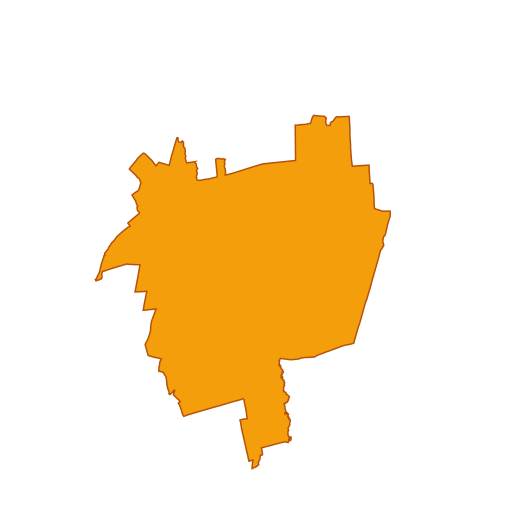 Belcesti, Iasi, Romania, rotated 44°
{"feature_id": "2599482B23393445756532", "entity_name": "Belcesti", "entity_type": "district", "adm_level": 2, "iso_a3": "ROU", "parent_name": "Romania", "parent_adm1": "Iasi", "projection": "mercator", "projection_center": [27.109, 47.31], "detail": "fine", "context": "isolated", "style": "filled", "palette": "amber", "viewbox_px": 512, "rotation_deg": 44, "n_neighbors": 0, "source": "geoboundaries", "source_scale": "gbopen_adm2", "svg_char_len": 6139}
<svg xmlns="http://www.w3.org/2000/svg" viewBox="0 0 512 512"><g transform="rotate(44 256 256)"><path d="M158.3,384.9L158.2,384.3L158.3,384.1L159.7,382.4L160.1,380.3L160.7,379.7L160.1,378.5L159.6,377.9L157.1,375.6L156.5,374.0L156.5,373.4L157.4,372.1L158.9,368.9L165.1,357.7L167.9,352.8L167.8,352.4L173.8,347.3L178.6,342.9L185.4,352.9L194.0,365.9L202.0,357.3L209.0,368.2L212.6,373.4L220.9,363.5L226.1,375.4L229.2,379.9L231.9,382.8L234.1,386.8L236.0,391.0L237.4,395.8L238.0,396.9L245.7,401.4L247.5,402.5L252.4,400.0L256.9,397.1L259.5,395.8L259.9,397.1L260.0,397.9L261.0,400.0L261.8,400.6L263.1,403.0L264.6,404.7L265.2,405.7L266.4,406.4L268.2,405.0L270.4,404.1L271.9,404.8L274.9,405.3L277.7,407.3L282.1,411.1L286.2,413.5L287.8,413.9L288.0,414.1L289.1,415.6L289.5,415.7L290.1,415.6L290.3,415.4L290.5,414.5L290.6,413.4L290.5,410.8L290.3,410.1L290.5,409.2L290.9,409.1L292.9,413.0L293.2,413.3L302.6,413.2L302.2,415.5L302.4,415.8L304.4,416.3L306.2,417.1L309.6,418.8L312.3,420.5L313.6,421.0L315.5,421.5L316.8,418.6L320.7,411.6L329.9,395.5L334.2,388.3L340.4,377.2L344.6,370.2L345.2,369.1L345.5,367.7L346.6,367.5L356.2,374.0L362.7,379.2L359.9,382.6L358.4,385.2L360.7,386.5L365.1,389.9L393.5,408.5L395.5,404.9L399.0,409.6L400.9,411.7L401.1,411.4L401.7,409.4L402.6,407.4L402.9,404.4L402.5,403.9L401.1,403.0L400.1,399.8L398.8,397.9L397.5,396.5L398.8,394.7L398.7,394.5L397.8,393.5L393.2,390.2L402.7,374.5L406.1,369.2L406.3,369.0L407.6,368.6L408.0,368.1L408.6,367.9L408.7,367.3L408.4,366.5L407.0,365.2L407.0,364.8L407.3,364.6L408.2,364.9L409.0,364.7L408.9,364.3L408.0,362.8L406.8,361.9L406.5,362.4L407.0,363.2L407.1,363.7L407.0,364.1L406.7,364.1L405.8,363.6L405.3,362.9L405.0,362.8L403.2,362.6L402.6,361.6L401.7,361.1L400.9,360.1L400.8,359.8L400.8,359.1L400.5,358.6L399.3,358.3L399.1,358.2L397.8,355.2L397.7,354.1L396.0,352.4L395.2,350.8L393.9,349.8L393.6,349.8L393.3,350.4L392.8,350.5L392.5,350.3L392.1,349.4L391.2,349.1L390.9,349.7L390.6,349.7L389.9,348.9L389.4,347.3L388.3,347.3L387.5,347.0L387.3,347.1L387.2,347.4L387.7,348.0L387.8,348.3L387.3,348.3L386.9,349.5L386.3,349.3L385.6,348.7L386.5,347.9L386.5,347.6L386.4,347.4L384.6,346.7L383.9,346.0L382.9,345.7L381.9,344.6L380.4,343.7L380.1,343.2L378.7,342.6L379.1,342.1L379.4,341.5L379.6,341.3L379.6,340.6L379.3,340.0L379.4,339.8L380.0,339.4L379.8,338.8L379.7,338.1L379.3,337.5L379.4,336.9L378.6,336.3L378.4,335.8L378.5,335.5L378.0,335.0L378.0,334.3L377.7,333.9L374.0,334.1L373.8,334.4L372.8,333.6L372.0,333.5L371.0,333.8L370.4,333.8L370.3,334.2L369.8,334.1L367.8,332.1L366.9,330.6L366.4,330.3L366.4,329.2L365.5,329.0L365.4,328.3L364.6,327.9L364.6,327.2L364.4,327.1L363.0,326.7L362.4,325.9L361.7,326.3L360.9,326.4L360.2,326.1L359.8,325.8L359.9,325.1L359.4,324.7L359.3,324.8L358.9,326.1L358.5,326.1L358.2,325.5L358.3,324.8L358.3,324.4L358.0,324.3L357.3,324.6L356.9,324.4L357.1,323.0L355.9,322.3L355.9,321.9L356.7,320.9L356.6,320.6L356.2,320.4L355.0,320.5L354.9,319.8L354.7,319.6L352.5,319.6L351.4,318.8L350.7,318.9L350.0,318.1L349.8,317.7L349.2,318.2L349.1,318.8L348.8,318.8L348.2,318.5L348.1,317.7L346.7,316.5L346.0,315.3L345.3,315.4L345.0,315.0L345.2,314.5L345.2,314.1L344.6,312.8L351.9,307.4L354.2,305.3L358.7,299.8L358.8,299.0L359.2,298.2L361.4,295.4L365.5,291.1L368.2,288.1L369.2,284.5L369.8,283.2L371.8,279.3L373.0,276.4L374.3,274.0L379.8,262.5L379.9,262.2L381.5,259.1L383.5,256.1L383.9,255.9L386.9,250.9L379.3,236.8L376.9,231.6L367.9,215.0L366.4,212.0L365.8,210.3L359.6,198.4L356.7,193.3L345.5,172.2L342.2,166.5L341.6,164.9L341.6,164.2L340.7,160.0L340.1,159.2L338.2,158.2L336.8,157.1L336.3,156.5L335.2,154.8L334.2,153.0L334.6,151.8L333.9,150.2L332.3,147.7L330.0,143.8L329.2,142.7L326.1,136.7L325.2,134.6L322.0,131.1L321.3,130.5L320.5,131.4L315.9,135.8L308.4,139.6L304.8,136.5L299.4,131.2L290.8,123.6L289.3,122.9L287.7,124.6L278.4,116.2L274.2,112.1L262.9,124.5L257.5,120.2L249.0,112.6L247.1,110.6L240.3,104.5L234.8,98.9L225.7,90.5L225.8,90.8L225.6,91.3L220.5,96.7L219.5,98.2L218.5,98.5L217.2,100.0L217.1,100.7L217.2,102.2L217.7,104.7L217.7,105.7L217.2,106.7L217.0,107.9L217.1,108.6L217.5,109.1L218.7,110.4L216.4,112.8L213.6,111.9L213.2,111.2L212.3,110.4L211.5,109.0L210.5,107.9L210.2,107.8L209.7,108.1L208.3,107.9L204.6,111.1L199.7,114.9L200.4,117.1L200.4,117.6L202.1,120.7L203.0,122.6L203.0,122.9L201.7,124.3L200.6,126.4L195.9,131.6L195.5,132.3L195.3,132.9L193.3,134.6L218.1,159.8L196.9,185.0L191.2,195.2L181.6,213.0L177.7,219.1L177.0,218.4L176.2,217.1L173.5,214.8L172.2,214.4L170.3,212.8L169.7,211.6L169.1,211.0L167.5,209.9L167.2,208.6L166.8,207.8L165.0,208.7L164.7,209.3L163.2,210.7L162.3,211.0L161.1,212.1L160.9,212.6L160.3,212.8L159.9,214.0L159.9,214.6L172.0,224.9L172.8,225.9L172.8,226.5L167.8,234.5L167.4,234.9L166.9,235.1L163.1,240.7L162.3,241.2L161.3,242.2L160.4,242.1L159.7,241.7L159.0,240.9L158.3,240.8L158.1,240.5L157.3,239.4L156.9,238.0L156.5,237.5L153.9,236.0L153.6,235.4L153.5,234.1L153.2,233.5L150.8,233.0L150.1,232.1L148.8,231.3L147.4,231.3L146.7,231.0L146.8,230.3L141.5,237.1L139.6,236.3L138.9,235.7L138.4,235.6L137.7,235.1L137.2,234.7L136.2,233.0L133.8,231.7L132.0,229.3L129.5,227.7L129.1,227.7L128.7,228.0L127.8,227.6L127.2,227.1L127.1,226.7L126.4,226.5L125.5,225.1L124.9,224.8L124.7,224.4L123.0,224.5L123.3,226.4L121.6,227.5L120.6,227.4L119.5,226.9L117.9,225.2L117.0,225.7L118.2,228.3L126.1,243.3L130.6,251.1L121.1,256.0L121.4,260.7L114.8,259.6L105.0,259.6L104.2,259.8L103.5,260.3L103.0,267.4L103.5,270.7L104.1,279.1L104.3,279.6L104.3,280.7L104.5,281.5L113.4,281.4L115.0,281.8L118.8,281.6L122.2,283.3L126.0,290.3L125.3,293.0L124.4,298.3L130.7,299.9L132.3,300.6L133.7,301.5L136.4,302.3L136.3,303.2L136.8,303.9L139.3,305.7L141.5,305.6L141.8,305.7L142.4,306.7L140.9,321.3L144.8,322.0L143.9,324.4L143.0,331.1L142.5,338.5L143.0,342.0L143.2,343.6L143.1,344.8L143.2,345.5L143.2,346.6L143.0,347.1L143.6,348.9L143.6,349.9L144.0,351.7L144.9,354.0L144.8,355.3L145.1,356.7L145.1,358.0L145.2,359.0L145.9,359.9L146.2,359.8L146.6,360.1L146.6,360.4L146.8,360.6L146.4,361.4L147.0,362.2L150.2,369.0L151.6,371.2L152.3,372.8L152.9,373.3L153.3,373.9L154.9,377.2L156.8,383.1L157.0,383.9L156.9,384.5L157.4,384.4L157.8,385.1L158.3,384.9Z" fill="#f59e0b" stroke="#b45309" stroke-width="1.5"/></g></svg>